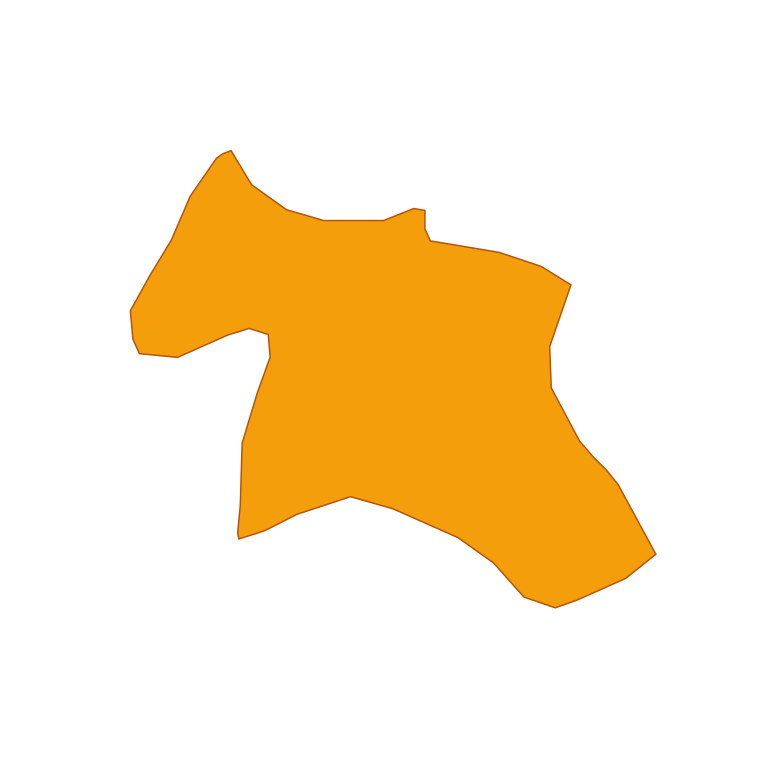 an SVG outline of North Ayshire, rotated 156°
{"feature_id": "GBR-2006", "entity_name": "North Ayshire", "entity_type": "Unitary District", "adm_level": 1, "iso_a3": "GBR", "parent_name": "United Kingdom", "parent_adm1": "", "projection": "mercator", "projection_center": [-4.697, 55.716], "detail": "fine", "context": "isolated", "style": "filled", "palette": "amber", "viewbox_px": 768, "rotation_deg": 156, "n_neighbors": 0, "source": "natural_earth", "source_scale": "10m", "svg_char_len": 819}
<svg xmlns="http://www.w3.org/2000/svg" viewBox="0 0 768 768"><g transform="rotate(156 384 384)"><path d="M428.8,659.4L428.6,657.5L423.9,619.9L402.2,582.9L372.7,557.9L317.9,533.5L285.4,532.2L276.0,525.9L283.5,509.2L283.5,495.9L225.2,457.3L192.6,427.5L172.9,398.5L217.4,350.8L232.8,312.4L228.5,252.0L222.0,230.6L215.9,215.2L211.0,196.7L205.0,119.3L204.8,117.9L207.1,117.3L242.3,108.1L295.3,108.1L318.6,109.9L342.8,132.4L356.7,176.0L379.0,213.7L426.7,266.5L460.5,294.7L516.7,300.4L552.8,298.5L579.7,301.5L578.2,307.5L578.1,307.8L564.8,331.3L537.6,387.7L502.8,428.0L477.1,454.8L469.6,476.3L484.7,489.7L507.4,492.3L537.6,492.3L561.8,492.3L595.1,511.2L595.1,527.2L586.0,554.0L554.2,578.0L519.5,602.1L513.6,607.6L484.7,634.3L445.4,658.3L437.6,659.9L428.8,659.4Z" fill="#f59e0b" stroke="#b45309" stroke-width="1.5"/></g></svg>